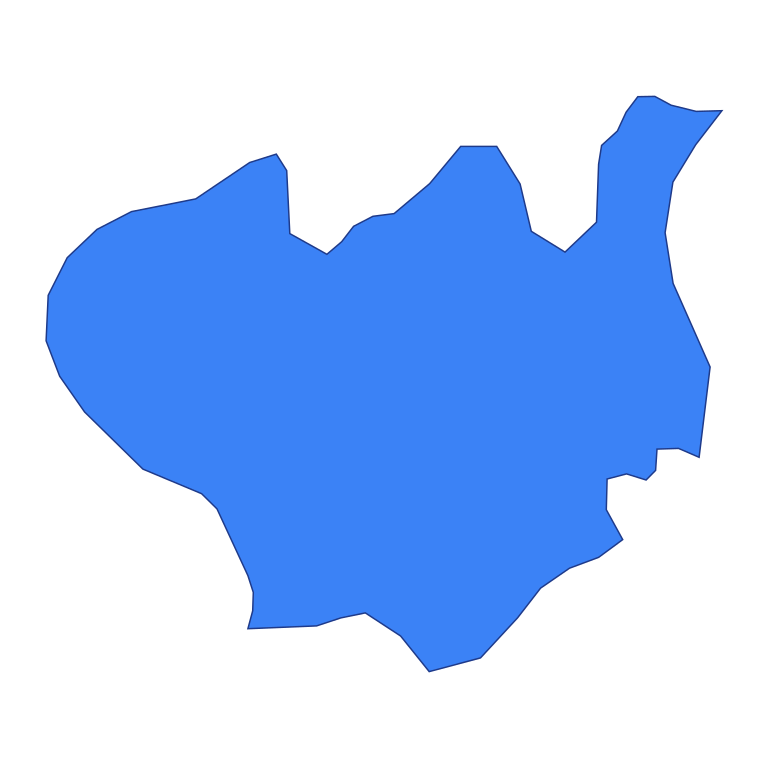 an SVG outline of Cəlilabad
{"feature_id": "AZE-1700", "entity_name": "Cəlilabad", "entity_type": "District", "adm_level": 1, "iso_a3": "AZE", "parent_name": "Azerbaijan", "parent_adm1": "", "projection": "albers", "projection_center": [48.489, 39.203], "detail": "fine", "context": "isolated", "style": "filled", "palette": "blue", "viewbox_px": 768, "rotation_deg": 0, "n_neighbors": 0, "source": "natural_earth", "source_scale": "10m", "svg_char_len": 904}
<svg xmlns="http://www.w3.org/2000/svg" viewBox="0 0 768 768"><path d="M247.9,628.7L252.7,610.8L253.3,592.4L247.9,575.6L217.0,508.9L201.6,493.7L142.9,469.1L84.6,412.0L59.7,376.3L46.1,340.8L48.2,295.3L67.2,257.7L97.0,229.4L131.5,211.6L195.7,198.9L249.7,162.5L276.3,154.1L286.7,170.6L289.8,233.6L326.9,254.3L341.7,241.7L353.6,226.3L372.9,216.3L394.1,213.6L429.7,183.6L460.7,146.4L496.7,146.4L520.1,184.0L531.3,231.3L565.0,252.1L596.5,222.2L598.6,164.2L601.6,145.4L617.4,131.0L626.1,112.2L637.8,96.7L654.8,96.4L671.1,105.2L696.2,111.4L721.9,110.7L695.7,144.7L672.9,182.1L665.1,232.7L673.1,283.4L710.1,367.0L699.1,457.3L678.5,448.4L657.0,449.1L655.6,470.4L646.1,480.0L626.5,473.9L607.1,479.0L606.3,509.7L622.7,539.6L598.7,557.3L569.5,568.2L540.6,588.1L517.6,617.8L480.5,657.9L429.2,671.6L400.6,636.0L365.3,612.9L340.8,617.9L316.6,625.9L247.9,628.7Z" fill="#3b82f6" stroke="#1e3a8a" stroke-width="1.5"/></svg>